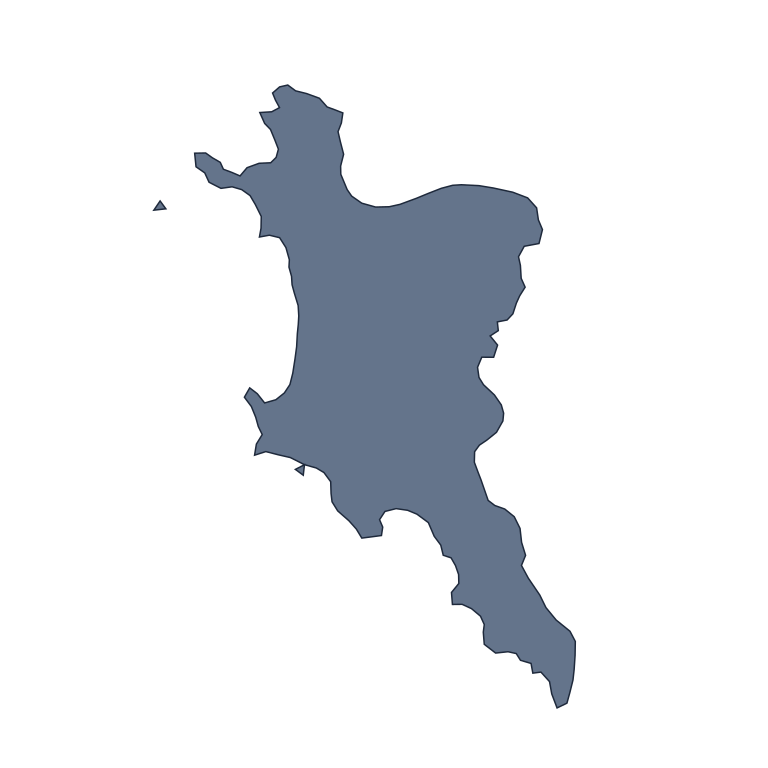 the district of Guarujá, São Paulo, Brazil, rotated 108°
{"feature_id": "56859067B97137242485272", "entity_name": "Guarujá", "entity_type": "district", "adm_level": 2, "iso_a3": "BRA", "parent_name": "Brazil", "parent_adm1": "São Paulo", "projection": "mercator", "projection_center": [-46.231, -23.954], "detail": "fine", "context": "isolated", "style": "filled", "palette": "slate", "viewbox_px": 768, "rotation_deg": 108, "n_neighbors": 0, "source": "geoboundaries", "source_scale": "gbopen_adm2", "svg_char_len": 2525}
<svg xmlns="http://www.w3.org/2000/svg" viewBox="0 0 768 768"><g transform="rotate(108 384 384)"><path d="M503.2,196.4L492.1,204.2L479.3,210.0L470.0,219.1L465.6,230.5L465.3,241.1L462.5,249.0L445.2,262.1L439.2,267.0L430.5,273.9L420.4,276.9L412.7,274.4L405.5,268.8L395.2,262.1L382.4,259.5L374.8,261.2L367.6,266.0L360.3,275.6L353.9,289.2L348.4,295.7L339.2,300.2L328.3,299.3L324.7,288.0L311.9,288.0L305.5,297.9L297.9,291.8L289.9,295.4L285.1,286.7L277.4,283.1L266.2,283.1L258.2,282.2L248.3,279.7L241.1,286.2L229.1,290.9L221.4,295.4L209.7,293.2L202.5,280.0L188.2,281.0L180.2,287.9L169.3,293.3L162.6,304.9L161.8,320.8L163.8,340.6L166.0,355.0L170.6,372.0L173.8,380.1L180.2,390.0L189.3,401.1L197.4,410.6L208.2,424.3L213.8,433.8L218.3,446.6L218.9,461.0L215.3,472.8L210.5,479.1L197.9,489.9L190.1,492.6L178.0,493.4L167.0,500.4L158.2,505.7L148.9,505.2L138.9,506.9L138.4,515.5L138.1,523.7L132.2,533.7L131.7,547.4L132.5,558.7L129.4,567.9L133.7,575.1L141.7,579.9L147.6,574.9L153.4,568.8L159.8,574.9L164.2,586.0L173.1,578.0L177.0,570.6L185.8,563.1L193.3,557.0L201.8,556.6L208.6,560.1L212.7,571.0L220.6,581.1L230.6,585.2L229.8,593.9L229.4,603.1L223.8,608.2L221.9,617.1L219.4,625.0L223.0,635.4L235.5,629.9L238.6,619.7L246.2,612.7L248.3,599.5L243.4,589.4L243.1,579.4L246.2,569.6L253.1,561.8L262.6,552.5L273.8,549.1L282.7,547.9L277.9,539.0L277.1,528.5L284.6,519.4L295.1,512.4L302.2,510.5L310.2,505.2L318.0,502.1L325.2,497.4L335.9,489.9L345.6,486.1L354.0,483.9L362.8,482.0L375.6,478.6L387.6,476.4L401.9,474.1L413.6,473.3L423.3,476.0L432.4,482.0L438.9,491.7L432.4,501.5L429.2,510.5L439.7,512.7L446.4,503.2L455.3,495.7L463.3,490.4L469.7,484.2L480.6,486.8L491.7,485.1L484.8,475.5L484.0,462.7L482.9,450.4L485.3,434.7L484.8,422.4L486.8,413.7L493.4,404.5L504.5,400.5L512.1,397.0L519.0,388.8L524.9,375.1L530.5,365.5L537.4,357.5L533.3,348.8L528.9,339.6L520.5,341.0L514.4,346.3L504.9,343.7L498.8,334.0L496.8,322.5L497.6,312.5L502.1,299.0L513.3,289.2L519.7,280.2L528.6,274.7L528.6,266.5L534.6,259.9L542.1,254.2L550.6,251.2L561.4,255.4L572.5,250.8L569.4,241.6L570.6,231.4L575.0,220.5L581.8,214.3L589.3,212.9L600.6,208.2L605.4,194.7L600.3,183.3L599.5,174.9L604.6,168.8L604.3,157.8L613.0,153.1L609.5,145.7L615.9,134.6L626.9,128.7L638.6,119.3L631.0,111.4L619.9,111.9L607.1,112.8L596.5,115.0L583.1,118.4L569.7,122.5L561.7,130.7L555.3,147.3L546.6,160.9L536.6,170.6L524.1,186.7L514.1,197.2L503.2,196.4ZM284.8,645.6L279.1,653.5L289.8,656.6L284.8,645.6ZM485.3,434.7L492.6,441.9L495.7,432.6L485.3,434.7Z" fill="#64748b" stroke="#1e293b" stroke-width="1.5"/></g></svg>